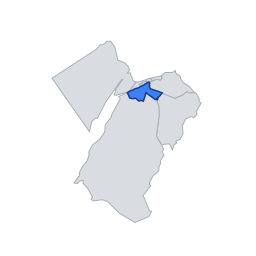 Jordan and the surrounding countries, rotated 55°
{"feature_id": "JOR", "entity_name": "Jordan", "entity_type": "country or territory", "adm_level": 0, "iso_a3": "JOR", "parent_name": "Asia", "parent_adm1": "", "projection": "equal_earth", "projection_center": [36.712, 31.281], "detail": "fine", "context": "with_neighbors", "style": "filled", "palette": "blue", "viewbox_px": 256, "rotation_deg": 55, "n_neighbors": 7, "source": "natural_earth", "source_scale": "50m", "svg_char_len": 3427}
<svg xmlns="http://www.w3.org/2000/svg" viewBox="0 0 256 256"><g transform="rotate(55 128 128)"><path d="M103.4,80.5L101.9,86.7L100.0,85.7L98.9,90.4L100.2,91.2L98.8,92.1L98.6,94.0L101.1,93.0L101.2,95.8L98.5,107.1L95.1,94.9L96.6,92.6L99.6,81.9L103.4,80.5Z" fill="#d9dde1" stroke="#a8b0b8" stroke-width="1"/><path d="M103.4,80.5L99.7,81.8L104.3,71.0L106.7,71.3L107.5,74.0L104.7,76.7L103.4,80.5Z" fill="#d9dde1" stroke="#a8b0b8" stroke-width="1"/><path d="M101.1,93.0L98.6,94.0L98.8,92.1L100.2,91.2L98.9,90.4L100.0,85.7L101.9,86.7L101.1,93.0Z" fill="#d9dde1" stroke="#a8b0b8" stroke-width="1"/><path d="M121.2,88.3L119.0,79.8L130.5,72.5L132.3,64.2L131.7,59.2L134.5,57.5L137.0,53.3L139.2,52.2L145.2,53.1L147.1,54.8L149.5,53.7L153.2,61.8L156.6,63.9L157.2,67.9L154.6,70.3L153.6,75.7L157.5,82.3L164.1,86.1L167.0,91.5L166.4,96.6L168.1,96.6L168.3,100.4L171.4,104.1L164.6,103.2L160.9,110.0L150.9,109.4L135.5,95.1L127.6,90.2L121.2,88.3Z" fill="#d9dde1" stroke="#a8b0b8" stroke-width="1"/><path d="M102.8,84.4L104.7,76.7L107.5,74.0L106.7,71.3L104.3,71.0L103.9,65.7L107.9,59.9L108.2,56.1L109.9,57.4L115.6,55.5L118.3,56.8L122.6,56.7L128.4,54.2L137.0,53.3L134.5,57.5L131.7,59.2L132.3,64.2L130.5,72.5L108.7,87.2L102.8,84.4Z" fill="#d9dde1" stroke="#a8b0b8" stroke-width="1"/><path d="M98.7,108.2L104.6,109.3L108.2,104.5L112.3,103.6L113.2,101.2L114.9,100.0L109.6,92.9L121.2,88.3L127.6,90.2L135.5,95.1L150.9,109.4L165.7,110.7L167.1,114.1L170.9,113.9L173.3,120.1L176.0,121.8L177.0,124.3L180.8,127.3L181.6,135.2L184.9,141.4L186.7,142.9L188.1,142.3L192.0,154.3L208.6,158.0L209.7,156.4L212.4,161.7L209.4,176.5L193.0,183.9L177.1,186.8L171.9,190.2L168.1,198.0L165.5,199.3L164.1,196.8L155.5,195.7L147.6,196.5L145.3,194.6L143.8,198.2L144.4,201.4L142.0,203.8L139.1,195.3L136.2,192.7L133.1,186.4L131.5,180.3L127.6,175.2L125.2,174.0L121.5,166.9L121.0,157.4L117.8,149.2L112.3,144.8L109.3,135.2L107.7,133.6L99.5,117.4L96.9,117.5L98.7,108.2Z" fill="#d9dde1" stroke="#a8b0b8" stroke-width="1"/><path d="M108.9,161.7L43.6,161.7L45.3,109.0L44.0,103.3L45.5,98.9L44.8,95.9L46.9,92.5L53.9,92.3L66.6,97.4L73.0,93.1L77.7,92.6L81.4,93.4L82.8,97.0L84.1,94.6L92.4,96.7L95.1,94.9L98.5,107.1L94.3,119.2L93.0,120.4L88.8,114.9L85.2,104.6L84.6,105.3L93.9,131.3L102.5,147.5L101.4,148.8L101.6,153.5L108.9,161.7Z" fill="#d9dde1" stroke="#a8b0b8" stroke-width="1"/><path d="M103.2,84.3L103.8,84.4L104.1,84.7L104.6,85.7L105.5,85.9L105.8,86.2L106.3,86.7L106.8,86.9L108.6,87.2L110.0,86.2L111.3,85.3L112.6,84.3L113.5,83.6L115.1,82.4L116.2,81.7L117.5,80.8L118.9,79.8L119.3,81.4L119.7,82.9L120.0,84.4L120.4,86.0L120.0,86.1L120.4,87.3L120.9,87.1L121.4,87.0L121.7,87.7L120.9,88.6L120.1,89.4L120.0,89.5L118.9,89.8L116.9,90.5L115.5,91.0L113.7,91.6L112.2,92.1L110.7,92.6L109.4,93.0L110.1,94.0L111.3,95.4L112.1,96.4L113.1,97.7L113.9,98.8L114.8,100.0L114.2,100.4L113.2,101.1L113.0,101.4L112.5,102.6L112.2,103.5L110.7,104.0L109.2,104.3L108.3,104.5L108.0,104.8L107.4,106.0L106.8,107.2L105.8,108.2L104.6,109.3L104.3,109.4L103.5,109.2L102.1,108.9L100.7,108.6L99.8,108.4L98.6,108.2L98.8,107.3L98.8,106.8L99.0,105.1L99.2,104.3L99.3,103.7L99.7,102.6L99.6,102.2L99.7,100.8L99.7,100.6L99.9,99.9L100.2,98.8L100.5,97.9L100.7,97.5L101.0,96.6L101.3,95.5L101.1,95.0L101.1,94.9L101.2,94.2L101.4,93.1L101.5,92.5L101.6,91.7L102.0,91.1L101.8,89.5L101.8,88.7L102.0,87.8L101.9,86.6L102.0,85.1L102.1,84.9L102.2,84.7L102.3,84.6L102.9,84.3L103.2,84.3Z" fill="#3b82f6" stroke="#1e3a8a" stroke-width="1.5"/></g></svg>